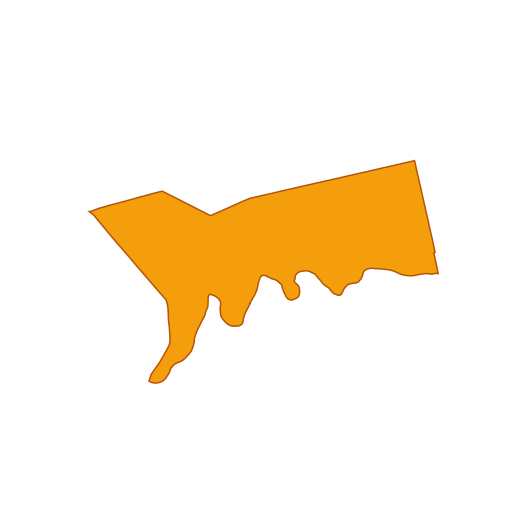 Walkerville, South Australia, Australia (Mercator projection), rotated 30°
{"feature_id": "25037944B33474506304148", "entity_name": "Walkerville", "entity_type": "district", "adm_level": 2, "iso_a3": "AUS", "parent_name": "Australia", "parent_adm1": "South Australia", "projection": "mercator", "projection_center": [138.618, -34.894], "detail": "fine", "context": "isolated", "style": "filled", "palette": "amber", "viewbox_px": 512, "rotation_deg": 30, "n_neighbors": 0, "source": "geoboundaries", "source_scale": "gbopen_adm2", "svg_char_len": 4987}
<svg xmlns="http://www.w3.org/2000/svg" viewBox="0 0 512 512"><g transform="rotate(30 256 256)"><path d="M225.8,417.8L228.0,417.9L230.5,417.2L233.0,416.0L234.7,414.7L236.7,412.4L237.7,411.0L238.2,409.7L239.0,407.1L239.2,400.4L239.0,399.3L238.9,398.4L238.3,395.6L239.4,391.1L240.3,389.2L240.9,388.3L242.9,385.8L244.1,383.9L244.7,382.8L245.0,382.2L245.4,381.0L245.8,380.0L246.0,379.0L246.5,376.9L246.7,375.8L247.1,373.5L247.3,372.4L247.4,371.8L247.4,371.1L247.4,370.6L247.4,370.1L247.3,369.4L247.1,367.9L246.5,365.1L246.3,364.7L246.0,363.3L245.5,361.5L245.2,360.8L244.7,359.6L244.5,359.4L244.0,358.3L243.7,357.3L243.4,356.5L243.3,355.7L243.2,355.4L243.1,355.0L242.9,353.5L242.6,352.0L242.4,350.4L242.2,348.8L241.9,344.3L241.9,343.6L241.8,342.1L241.5,337.7L241.5,334.3L241.1,331.8L241.0,331.5L240.8,331.0L240.5,330.3L240.4,329.9L240.2,328.8L240.1,328.1L240.0,327.7L240.0,327.2L239.9,326.2L239.9,325.9L239.9,325.5L239.8,325.1L239.7,324.4L239.5,323.8L239.4,323.5L239.3,323.3L238.9,322.6L238.7,322.1L238.3,321.5L238.2,321.1L237.0,318.9L236.5,318.1L236.2,317.6L236.0,317.2L235.9,317.0L235.8,316.7L235.4,316.1L235.3,315.9L235.2,315.7L235.0,315.1L235.0,314.9L234.9,314.7L234.8,313.8L234.8,313.4L234.8,313.2L234.9,312.9L235.0,312.8L235.1,312.6L235.2,312.4L235.4,312.3L235.6,312.2L235.8,312.1L236.0,312.0L236.5,311.8L236.9,311.7L237.5,311.6L238.1,311.5L239.2,311.3L239.5,311.3L240.3,311.2L240.5,311.2L241.0,311.2L241.3,311.1L241.5,311.2L241.8,311.2L242.8,311.3L243.6,311.4L244.5,311.6L244.8,311.7L245.2,311.9L245.9,312.2L246.1,312.3L246.3,312.3L246.5,312.4L246.7,312.5L247.1,312.8L247.9,313.4L248.0,313.5L248.6,314.0L248.8,314.3L249.1,314.7L249.3,315.1L249.5,315.3L249.6,315.6L249.8,316.1L249.9,316.3L250.1,317.0L250.3,317.4L250.7,318.4L250.9,318.7L251.0,318.9L251.1,319.2L251.2,319.3L251.5,319.9L251.7,320.1L251.9,320.5L252.0,320.6L252.1,320.8L252.3,321.1L252.8,321.7L252.9,322.0L253.1,322.2L253.2,322.4L253.4,322.6L253.5,322.8L253.7,323.1L253.9,323.3L254.1,323.5L254.4,324.0L254.6,324.2L254.7,324.4L254.9,324.6L255.3,325.1L255.8,325.7L256.0,325.8L256.4,326.1L258.2,327.0L261.0,328.1L264.8,329.1L267.5,329.2L270.0,328.8L274.1,326.6L276.4,324.8L276.5,324.7L277.7,322.5L277.9,320.5L277.3,318.7L276.3,316.0L275.2,311.0L274.9,303.9L274.7,301.3L274.8,300.1L274.2,300.1L274.3,298.2L274.4,295.3L274.3,294.6L274.3,291.9L274.3,289.8L274.1,288.2L273.9,286.3L273.4,283.7L272.6,281.3L271.8,279.2L271.1,276.4L270.6,273.8L270.5,271.9L270.6,270.6L271.1,269.9L271.8,269.3L272.7,268.7L274.4,268.2L275.9,268.2L277.5,268.0L279.7,267.9L281.3,267.8L283.8,267.1L286.9,266.7L287.0,267.0L288.2,267.1L290.3,267.6L292.6,268.1L294.5,270.2L296.2,271.7L298.0,273.3L299.7,274.3L301.9,275.9L304.2,277.0L305.3,277.2L306.1,277.2L307.9,276.8L309.0,276.2L310.0,275.2L312.0,272.5L312.7,271.2L313.0,269.1L312.5,266.9L311.4,264.8L311.0,264.0L309.5,262.1L308.6,261.2L307.6,260.5L305.4,260.1L302.3,259.1L301.6,258.7L301.5,257.0L300.3,254.4L299.9,253.1L300.2,251.3L300.3,250.1L300.6,249.4L302.3,247.1L304.1,245.6L306.9,243.7L309.4,242.7L314.1,242.4L314.8,242.1L315.8,242.2L317.9,242.7L321.2,244.2L323.2,244.7L325.6,245.5L327.5,246.4L330.9,247.1L332.3,247.1L335.2,247.3L338.3,248.6L341.3,249.5L341.7,249.7L342.8,249.6L344.3,249.2L346.5,249.1L347.1,248.8L348.6,247.5L349.0,246.7L348.7,240.4L348.7,239.5L349.7,235.3L350.9,233.6L354.3,230.5L355.5,229.9L356.3,229.1L357.7,227.0L357.9,225.7L358.2,224.2L358.3,223.6L358.3,220.8L357.1,216.4L357.2,214.6L358.0,212.8L360.1,210.5L362.0,208.8L366.2,207.1L368.9,205.5L372.1,204.1L373.5,203.4L377.2,201.8L380.5,200.7L382.8,200.2L385.7,199.9L388.1,199.7L390.4,199.4L392.3,199.0L394.7,198.2L397.5,197.0L399.7,195.9L401.9,194.5L403.7,193.0L406.0,190.9L407.6,189.5L408.3,189.0L410.7,187.2L413.1,185.6L414.7,184.9L416.1,184.4L417.2,183.9L418.0,183.2L419.7,181.6L420.3,181.1L421.6,180.6L422.6,180.2L417.1,174.0L414.3,170.8L412.8,169.1L408.3,164.3L409.2,163.2L399.4,152.4L389.2,141.4L382.9,134.5L376.3,127.4L369.7,120.2L359.8,109.5L357.0,106.5L352.8,102.0L345.6,94.1L343.0,96.6L333.0,105.9L328.1,110.5L324.2,114.1L320.9,117.1L320.1,117.9L313.8,123.8L313.4,124.1L309.2,128.1L303.6,133.2L293.6,142.5L290.0,145.9L288.8,147.0L288.7,147.1L271.3,163.1L266.3,167.8L262.1,171.6L254.9,178.4L248.5,184.3L245.1,187.5L243.4,189.0L239.4,192.9L231.2,200.4L229.4,202.2L221.9,209.0L220.4,211.0L215.7,217.3L212.4,221.9L206.4,230.2L204.0,233.5L199.2,240.0L196.5,243.8L190.9,244.1L183.7,244.5L171.8,245.1L166.7,245.4L158.7,245.8L148.3,246.4L142.6,246.7L140.6,248.4L135.3,253.6L129.6,259.4L124.3,264.7L122.5,266.6L114.3,274.9L103.9,285.2L96.0,293.4L95.7,293.8L90.5,300.1L89.3,300.9L94.6,301.6L128.2,314.0L128.6,314.1L145.3,319.8L156.9,324.0L182.4,332.9L194.0,336.9L200.3,339.1L203.3,342.1L204.5,343.5L205.8,345.2L207.7,348.0L212.0,354.9L216.8,361.4L217.9,363.1L221.5,368.4L222.8,370.6L223.9,372.5L224.7,374.2L225.2,376.1L225.5,377.6L225.5,379.4L225.6,383.0L225.7,389.3L225.7,390.8L225.7,396.4L225.5,399.0L225.4,400.5L225.1,402.6L224.9,405.4L224.4,410.5L225.8,417.8Z" fill="#f59e0b" stroke="#b45309" stroke-width="1.5"/></g></svg>